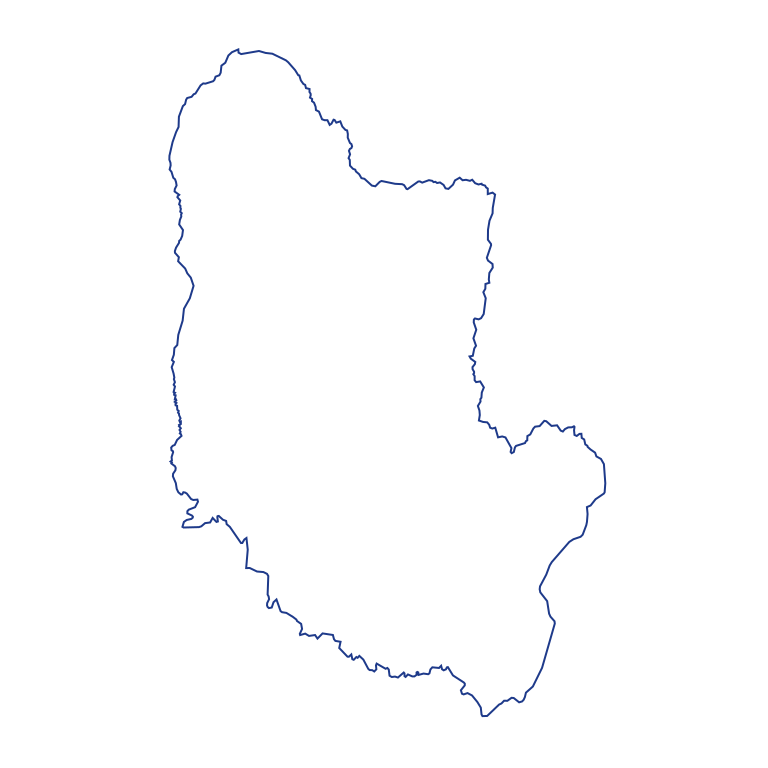 the district of Na Haeo, Loei, Thailand, rotated 183°
{"feature_id": "78962969B63665191802101", "entity_name": "Na Haeo", "entity_type": "district", "adm_level": 2, "iso_a3": "THA", "parent_name": "Thailand", "parent_adm1": "Loei", "projection": "equal_earth", "projection_center": [100.996, 17.436], "detail": "fine", "context": "isolated", "style": "outline", "palette": "blue", "viewbox_px": 768, "rotation_deg": 183, "n_neighbors": 0, "source": "geoboundaries", "source_scale": "gbopen_adm2", "svg_char_len": 6114}
<svg xmlns="http://www.w3.org/2000/svg" viewBox="0 0 768 768"><g transform="rotate(183 384 384)"><path d="M160.2,315.5L163.4,320.5L168.1,322.8L169.6,326.5L174.3,329.4L177.3,331.8L177.7,333.0L179.8,334.2L181.2,339.1L183.7,340.5L184.3,344.6L186.2,344.4L188.8,342.2L191.1,343.1L191.8,347.8L191.5,351.1L192.1,351.7L194.1,350.6L197.8,350.3L201.0,348.4L202.9,345.9L205.1,346.7L209.0,351.8L214.5,350.9L220.0,355.3L222.0,355.6L226.4,350.1L230.9,349.3L232.5,347.4L235.3,341.3L238.1,339.5L238.0,335.2L239.3,334.3L240.1,332.4L248.9,329.1L249.9,327.6L250.8,322.9L252.9,321.6L254.0,322.8L253.4,326.7L259.9,337.0L263.2,337.8L267.3,336.7L270.6,346.2L273.5,345.2L275.7,345.9L276.8,348.8L278.9,351.1L283.1,351.3L287.3,352.5L286.7,358.0L287.3,362.5L289.1,367.0L286.7,371.5L287.0,373.9L286.0,375.4L285.9,380.6L284.1,385.8L288.1,391.6L292.1,390.7L293.7,392.5L293.9,396.6L295.3,398.5L294.6,399.6L294.7,401.0L296.3,403.4L296.5,405.5L294.3,408.6L294.0,410.8L298.6,413.8L300.0,416.0L296.8,416.8L295.7,424.2L294.1,427.0L297.1,434.3L294.7,443.0L297.6,450.2L297.6,453.1L296.6,454.2L292.9,453.5L290.5,454.8L288.1,459.1L286.9,475.0L289.6,480.9L287.8,484.4L287.9,489.2L284.1,490.6L284.8,493.9L284.6,500.4L281.5,505.9L281.9,509.5L286.6,512.7L287.9,515.4L284.3,528.2L284.5,529.5L287.8,533.5L288.2,543.5L287.2,552.6L284.5,560.1L284.6,565.5L283.0,579.0L285.6,580.8L290.3,579.1L290.6,584.6L292.4,585.7L293.4,587.4L296.5,588.2L297.0,589.1L300.1,588.2L303.5,589.3L306.6,592.6L308.8,591.4L312.8,592.2L316.2,591.6L319.2,594.0L323.8,591.0L325.5,586.7L329.9,582.2L332.8,582.6L334.9,585.9L338.6,588.2L341.5,587.5L343.3,588.6L345.1,588.2L346.4,589.4L349.8,589.9L356.4,587.1L358.8,588.2L360.4,588.0L370.7,579.8L371.7,580.0L374.3,583.6L376.3,584.5L383.4,584.5L397.1,586.6L398.9,585.6L403.0,581.0L406.5,581.5L414.3,587.9L417.3,588.4L419.8,592.2L423.2,594.8L423.9,596.5L426.3,597.3L429.4,600.3L429.9,606.0L431.2,607.7L429.9,611.6L431.2,615.0L430.4,616.9L428.9,617.9L428.3,619.7L429.1,621.9L430.6,622.9L433.1,628.1L433.2,631.8L434.1,635.3L435.8,635.7L439.1,638.9L441.4,644.0L445.3,642.5L447.2,645.1L448.2,645.3L450.1,641.2L451.8,639.9L454.3,644.5L457.0,644.3L459.7,645.1L463.2,652.6L466.3,654.0L466.8,657.3L468.6,661.3L470.7,662.7L470.7,664.9L472.9,666.1L472.3,668.6L472.5,670.1L473.7,671.7L473.8,674.7L477.4,675.4L478.4,678.6L480.2,679.4L482.9,682.8L484.7,687.7L485.8,687.9L489.2,692.8L496.5,700.3L498.9,702.1L512.8,708.0L519.5,708.4L526.3,710.0L543.9,706.0L546.6,707.3L547.0,710.5L553.2,707.4L556.6,703.9L559.3,696.5L563.0,693.4L563.4,686.3L564.6,683.7L568.3,682.1L569.3,678.8L570.5,677.4L578.0,674.6L580.3,674.7L582.8,672.6L587.5,664.2L589.2,663.4L591.2,660.7L595.5,659.3L596.5,657.5L597.3,653.1L599.4,651.0L602.8,640.2L602.6,629.9L604.8,624.7L607.8,614.5L610.2,600.7L610.1,596.8L608.8,593.7L608.5,591.1L609.3,587.0L607.3,584.7L605.2,578.9L603.4,577.5L602.3,574.9L601.5,571.4L603.1,567.7L603.2,565.3L598.4,562.2L599.9,560.7L600.1,559.7L597.1,556.6L598.0,552.7L596.6,551.2L596.6,549.3L596.0,548.3L596.5,545.4L594.9,544.0L595.5,542.6L595.2,540.6L596.4,537.2L596.9,532.6L592.8,527.2L593.3,521.3L594.7,517.5L596.0,516.2L596.1,514.2L598.8,509.3L599.8,505.8L599.6,504.1L595.5,499.9L596.0,495.8L588.6,488.9L586.2,484.2L582.5,480.1L579.3,472.1L582.4,459.4L587.7,448.7L588.4,436.7L592.0,422.3L592.5,412.1L595.2,408.9L595.4,402.2L597.0,396.8L595.0,395.1L596.9,389.7L594.7,383.5L593.7,379.4L594.1,377.9L592.9,374.9L594.0,372.2L592.6,370.6L593.7,365.0L592.2,364.3L593.1,363.2L593.0,362.2L591.5,361.8L592.1,357.8L591.0,357.9L590.5,356.8L592.0,355.2L590.3,354.2L591.2,353.1L591.0,351.8L589.5,351.4L589.1,347.5L587.6,346.3L588.2,344.6L587.2,343.8L587.0,342.2L585.4,339.1L586.5,336.8L585.8,335.3L584.9,335.8L584.8,333.4L586.5,332.4L586.0,331.6L586.5,331.1L584.6,329.2L585.8,327.4L584.6,325.6L585.3,323.9L584.2,323.3L583.5,321.6L587.7,317.3L589.8,312.2L591.8,311.2L593.2,309.4L592.7,306.6L591.3,305.9L591.0,304.9L592.3,299.9L591.8,296.5L593.1,295.4L591.7,294.5L592.2,293.5L588.4,290.9L587.6,289.2L587.8,286.9L589.9,283.4L590.0,280.8L586.7,274.1L585.5,268.4L583.7,265.1L580.9,263.0L579.7,263.3L578.7,265.4L576.9,265.2L575.1,264.2L570.6,259.0L568.4,258.2L564.3,258.8L563.6,256.7L566.2,251.1L572.4,248.3L573.7,246.7L573.6,244.5L568.9,242.6L567.9,241.5L568.0,240.5L569.3,239.2L573.9,237.9L576.6,235.8L577.8,230.8L576.6,230.2L561.3,231.4L559.0,232.3L555.4,235.7L550.4,236.6L548.1,241.3L544.1,237.5L542.7,238.0L543.5,242.5L543.3,243.3L542.1,243.6L537.7,240.0L534.5,239.0L533.8,235.8L530.5,233.3L518.5,217.7L517.2,217.8L515.3,221.4L513.3,223.0L511.4,211.4L512.0,193.0L508.4,193.2L501.0,190.1L494.6,189.9L490.9,188.3L489.5,186.2L489.2,167.6L488.1,165.8L487.5,163.1L489.2,159.1L489.2,156.7L488.5,155.2L487.2,154.2L484.4,154.9L482.9,160.3L480.1,163.2L475.4,151.8L473.9,150.8L469.5,150.3L462.7,146.6L459.2,144.2L458.4,142.7L454.2,140.1L453.0,135.1L455.0,130.1L454.6,128.9L449.6,130.6L445.7,128.5L439.7,129.7L437.1,126.3L432.3,131.7L421.9,130.7L420.6,126.6L419.1,124.9L413.9,124.3L414.9,118.0L406.2,109.8L404.8,109.8L402.5,112.2L401.2,107.5L399.8,107.0L397.3,109.9L396.0,109.2L394.4,111.2L390.2,107.7L384.8,98.7L383.4,97.6L380.7,97.6L378.7,96.4L376.7,98.7L377.3,102.6L376.7,104.4L367.5,99.7L365.8,100.6L364.3,99.1L363.2,93.0L360.9,91.8L357.7,92.4L354.7,91.6L349.2,96.9L348.4,96.1L348.2,93.3L347.1,92.6L344.9,95.2L340.5,93.5L338.3,93.6L336.2,95.3L336.4,97.6L335.7,98.2L334.7,97.8L334.2,95.3L329.4,96.9L324.7,96.5L323.5,97.4L322.7,101.4L320.9,103.6L314.2,103.3L312.2,105.6L311.1,102.2L309.4,101.2L307.2,102.3L306.4,104.3L305.4,104.6L299.9,96.6L288.5,90.0L287.6,88.9L287.6,87.2L291.2,82.2L289.9,78.8L288.2,78.2L284.4,79.7L279.8,77.6L274.1,71.3L270.4,65.9L269.3,59.1L268.3,57.5L263.6,57.9L252.3,69.9L250.0,71.1L247.5,74.0L244.2,74.1L240.2,77.3L238.0,77.2L232.4,73.2L229.5,74.2L228.0,76.0L226.9,78.8L226.1,83.2L219.5,89.7L211.3,108.8L200.9,153.7L201.3,156.0L205.6,160.4L207.1,163.3L209.7,175.7L217.0,184.1L217.8,187.2L217.6,190.1L212.0,202.1L209.0,211.5L207.1,215.0L190.7,236.0L186.7,238.9L179.7,241.7L177.7,243.9L174.6,253.6L174.1,256.9L173.9,264.8L174.9,271.7L171.3,273.5L166.7,280.0L158.7,286.1L158.0,287.4L157.8,296.4L160.2,315.5Z" fill="none" stroke="#1e3a8a" stroke-width="2"/></g></svg>